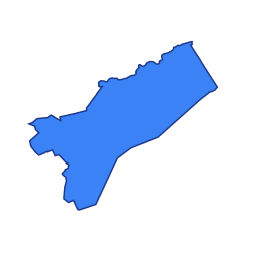 Ramatas pag., Mazsalacas, Latvia (Equal Earth projection), rotated 161°
{"feature_id": "27541924B28390820320084", "entity_name": "Ramatas pag.", "entity_type": "district", "adm_level": 2, "iso_a3": "LVA", "parent_name": "Latvia", "parent_adm1": "Mazsalacas", "projection": "equal_earth", "projection_center": [24.963, 57.985], "detail": "fine", "context": "isolated", "style": "filled", "palette": "blue", "viewbox_px": 256, "rotation_deg": 161, "n_neighbors": 0, "source": "geoboundaries", "source_scale": "gbopen_adm2", "svg_char_len": 5293}
<svg xmlns="http://www.w3.org/2000/svg" viewBox="0 0 256 256"><g transform="rotate(161 128 128)"><path d="M220.4,164.2L216.1,160.5L215.8,160.3L215.8,159.2L215.8,157.2L216.1,156.7L215.4,155.5L214.0,152.8L213.8,152.6L217.5,151.0L221.8,149.3L224.4,148.1L225.2,147.8L225.4,146.1L225.6,144.3L225.8,142.6L225.8,142.4L225.6,141.9L223.4,135.4L221.2,131.6L218.5,131.6L218.0,131.9L217.8,131.9L214.9,131.9L214.4,132.3L211.9,132.3L211.9,131.7L208.2,131.9L206.5,131.9L205.8,125.5L202.1,125.5L200.2,121.6L199.3,119.6L197.8,116.2L196.2,114.6L197.8,114.4L196.5,112.6L196.2,112.0L196.3,112.0L196.9,110.8L197.5,109.5L197.6,109.4L198.1,109.2L200.3,108.9L201.1,108.7L201.1,108.0L201.4,108.0L201.9,107.8L202.4,107.5L203.3,107.0L204.8,106.2L205.0,105.9L205.1,105.4L205.0,105.1L204.7,104.7L204.3,103.9L203.2,102.2L202.9,101.7L202.9,101.2L203.0,100.6L203.4,98.1L203.6,97.7L204.0,97.1L204.6,96.1L205.1,95.4L205.4,95.0L206.0,94.0L207.3,92.0L207.5,91.3L209.0,88.1L210.0,85.7L210.3,85.2L210.4,84.8L210.9,83.7L211.1,83.2L211.4,82.6L211.5,82.2L211.6,81.9L211.6,81.7L210.8,80.5L210.5,80.0L210.0,79.2L209.8,79.0L209.3,78.3L208.3,76.8L203.0,77.3L202.8,74.9L202.7,74.9L202.8,74.8L202.3,70.1L202.2,70.1L202.1,68.6L202.0,67.8L202.1,67.7L201.1,66.4L196.9,66.3L196.2,66.3L192.7,66.2L188.3,66.2L185.6,66.2L183.4,66.1L182.6,67.0L180.9,68.7L172.7,77.2L167.3,82.8L164.1,86.1L163.0,87.2L160.4,90.0L151.2,99.6L147.8,103.2L131.6,108.4L102.6,109.6L50.2,131.5L38.5,135.5L36.9,135.1L33.5,135.6L30.2,137.5L31.0,140.9L31.1,141.5L32.0,144.9L33.1,149.4L34.1,153.4L35.2,158.2L35.7,159.9L37.3,167.0L37.9,170.2L38.0,170.7L38.9,173.9L40.1,178.9L40.9,182.2L41.3,184.1L41.4,184.7L41.8,186.0L40.2,186.0L40.1,186.3L40.1,186.5L40.1,186.8L40.0,187.1L39.9,187.2L39.8,187.4L39.8,187.6L39.8,187.8L39.7,188.1L39.5,188.3L39.4,188.3L39.2,188.6L39.3,188.8L39.5,188.9L39.8,188.9L40.5,189.1L41.1,189.1L41.6,189.1L42.3,189.2L43.3,189.2L44.2,189.2L44.8,189.2L45.9,189.3L46.1,189.4L47.8,189.4L48.4,189.4L49.0,189.5L49.4,189.6L49.6,189.6L50.0,189.5L50.7,189.2L51.1,189.1L51.5,189.0L51.9,189.0L52.2,189.0L52.5,189.1L52.8,189.2L52.9,189.3L53.0,189.5L53.3,189.7L53.4,189.8L53.5,189.8L53.8,189.9L54.3,189.8L54.5,189.7L55.3,189.4L55.6,189.3L55.9,189.3L56.3,189.2L56.9,189.2L57.5,189.2L57.9,189.2L58.3,189.3L58.5,189.3L58.7,189.1L58.8,188.7L58.9,188.4L59.0,188.1L59.1,187.9L59.6,187.6L60.0,187.3L60.4,187.0L60.6,187.0L61.8,186.6L62.1,186.6L63.4,186.4L63.8,186.3L64.3,186.2L65.7,186.0L66.5,185.9L66.8,185.9L67.0,186.0L67.3,186.1L68.0,186.3L68.6,186.3L68.8,186.3L69.0,186.3L69.2,186.2L70.0,186.3L70.5,186.4L71.2,186.2L71.5,186.1L71.9,185.9L72.2,185.7L72.3,185.5L72.4,185.4L72.6,185.1L72.8,184.7L72.9,184.4L72.9,183.9L72.9,183.4L72.9,183.1L72.9,182.9L73.0,182.6L73.0,182.2L73.2,181.8L73.3,181.4L73.5,181.3L73.6,181.2L74.2,181.3L74.4,181.3L74.8,181.3L75.6,181.1L76.0,181.1L76.4,180.9L76.6,180.8L76.8,180.6L76.9,180.3L76.6,179.9L76.6,179.7L76.9,179.4L77.1,179.2L77.6,179.0L77.9,178.8L78.1,178.7L78.3,178.7L78.5,178.7L78.9,178.7L79.4,178.8L80.0,179.0L80.3,179.4L80.6,179.7L81.1,180.5L81.5,181.1L81.7,181.4L82.0,181.7L82.2,181.9L82.5,182.1L82.8,182.4L83.7,182.9L84.0,183.1L84.7,183.4L85.3,183.6L85.7,183.6L86.2,183.6L86.7,183.6L87.5,183.6L88.1,183.5L88.8,183.5L89.0,183.4L89.4,183.2L89.6,183.1L89.8,182.8L89.9,182.7L90.1,182.3L90.5,182.1L90.9,181.9L91.4,181.7L92.0,181.5L92.2,181.4L92.5,181.4L93.1,181.5L93.5,181.5L93.9,181.6L94.2,181.7L94.4,181.8L94.6,182.0L94.8,182.1L94.9,182.3L95.1,182.6L95.2,182.8L95.4,183.0L95.8,183.7L95.9,183.8L96.0,183.9L96.2,184.0L96.5,184.1L96.8,184.1L97.0,184.1L97.3,183.9L97.5,183.6L97.8,183.2L98.0,182.6L98.1,182.4L98.1,182.1L98.1,181.9L98.0,181.5L98.0,181.4L98.2,181.2L98.3,181.1L98.7,181.0L99.5,180.8L99.8,180.7L100.0,180.6L100.5,180.3L100.9,180.0L101.1,179.8L101.9,179.0L102.1,178.9L102.3,178.6L102.4,178.4L102.4,178.0L102.4,177.5L102.6,177.0L102.7,176.7L102.9,176.6L103.2,176.4L103.7,176.2L104.3,176.0L105.1,175.9L105.7,175.8L105.9,175.8L106.3,176.0L106.5,176.1L107.0,176.4L107.3,176.4L107.6,176.5L108.0,176.4L109.4,176.3L110.8,176.0L111.1,176.0L112.2,175.7L112.9,175.5L113.1,175.5L113.3,175.5L113.6,175.5L114.4,175.7L115.1,175.8L115.8,175.9L116.3,175.9L116.9,175.9L117.4,175.8L117.6,175.8L117.9,175.8L118.1,175.9L118.9,176.1L119.8,176.3L120.1,176.4L120.5,176.3L120.9,176.5L121.2,176.7L121.5,176.9L121.9,177.3L122.0,177.5L121.9,177.9L121.9,178.0L122.0,178.1L122.1,178.3L122.4,178.6L122.5,178.7L123.0,178.9L124.2,179.2L124.7,179.3L125.1,179.5L125.6,179.7L125.9,179.9L126.3,180.3L126.7,180.4L126.9,180.5L127.2,180.5L128.5,180.7L128.9,180.6L129.4,180.5L130.0,180.3L130.5,180.1L130.8,179.9L131.1,179.7L131.5,179.3L131.8,179.2L132.0,179.0L132.2,178.9L132.4,178.8L132.7,178.7L133.2,178.6L133.4,178.6L133.7,178.7L133.9,178.8L134.3,179.3L134.7,179.6L135.0,179.9L135.3,180.1L135.5,180.2L136.4,180.6L138.0,181.4L138.2,181.5L139.9,181.1L140.7,180.9L141.3,179.2L141.5,178.8L142.0,176.9L140.9,176.0L138.9,175.5L142.8,172.9L145.5,171.1L145.3,171.0L149.9,167.8L150.9,167.2L153.1,165.7L154.3,164.8L155.8,163.7L158.0,162.2L160.7,160.4L161.5,158.0L166.7,158.4L168.4,158.5L170.8,158.7L174.7,159.0L176.7,159.3L179.7,159.6L180.9,159.7L182.2,159.9L188.7,160.6L189.0,157.9L189.2,156.9L189.4,157.1L189.8,157.4L193.0,161.1L196.3,165.2L200.7,164.0L204.7,165.0L211.2,166.5L212.9,165.8L216.6,164.3L220.4,164.2Z" fill="#3b82f6" stroke="#1e3a8a" stroke-width="1.5"/></g></svg>